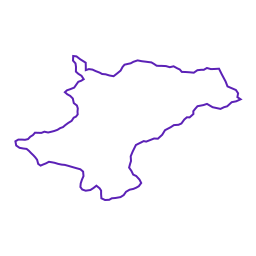 the district of Gonçalves, Minas Gerais, Brazil
{"feature_id": "56859067B77873269175892", "entity_name": "Gonçalves", "entity_type": "district", "adm_level": 2, "iso_a3": "BRA", "parent_name": "Brazil", "parent_adm1": "Minas Gerais", "projection": "mercator", "projection_center": [-45.837, -22.682], "detail": "fine", "context": "isolated", "style": "outline", "palette": "violet", "viewbox_px": 256, "rotation_deg": 0, "n_neighbors": 0, "source": "geoboundaries", "source_scale": "gbopen_adm2", "svg_char_len": 2162}
<svg xmlns="http://www.w3.org/2000/svg" viewBox="0 0 256 256"><path d="M38.2,163.9L40.6,165.6L43.1,164.5L45.9,163.4L48.9,161.8L52.0,162.3L54.6,162.8L58.2,163.9L61.6,164.6L64.8,164.9L68.5,165.9L71.9,166.9L76.1,168.1L80.4,169.3L83.1,171.6L83.5,176.1L81.9,179.8L80.7,183.5L80.4,187.0L82.2,189.5L85.7,190.7L90.4,190.0L93.5,188.0L96.4,185.7L99.6,188.3L101.1,190.6L101.1,194.2L101.4,198.3L105.0,200.0L109.2,199.8L111.8,198.3L115.4,198.0L120.5,197.1L123.7,195.1L126.0,191.8L129.6,189.7L133.4,188.9L136.2,187.7L138.8,186.2L141.2,183.0L139.5,179.6L136.2,176.0L133.2,174.6L131.4,170.9L129.1,167.6L130.0,164.2L131.0,161.0L130.7,156.3L132.7,151.5L135.9,145.0L143.7,141.1L146.2,141.6L154.1,138.5L157.9,138.7L162.2,134.8L165.0,130.2L170.7,127.2L173.9,125.1L178.5,124.8L181.4,123.5L184.3,119.5L186.9,117.3L189.6,117.4L193.4,114.0L193.3,111.2L195.3,108.7L197.5,106.2L203.3,105.1L207.0,103.9L212.6,107.2L220.5,108.9L224.0,107.2L227.2,106.3L231.7,102.2L236.2,101.3L240.6,99.3L237.4,97.1L238.1,93.3L235.9,90.0L227.5,86.4L225.6,81.5L221.6,74.0L219.0,68.7L214.0,69.0L210.9,69.1L206.9,68.0L203.8,69.8L201.2,69.8L197.4,70.2L193.8,72.7L189.7,72.3L185.4,72.0L181.8,71.9L179.8,69.5L177.2,68.3L173.6,66.3L169.8,67.2L166.0,66.1L162.2,65.9L159.3,65.9L156.6,65.7L154.1,64.0L151.4,62.4L148.8,62.1L145.8,61.7L141.7,61.2L137.6,60.4L133.4,61.8L130.7,63.3L127.9,63.9L124.5,64.7L122.6,66.9L120.6,70.6L117.2,73.4L113.6,76.2L109.5,75.5L105.6,74.3L102.1,74.0L99.6,72.6L95.7,71.1L92.5,69.6L88.9,69.1L85.8,70.1L85.8,66.6L85.7,62.7L83.0,61.0L80.1,59.2L76.5,56.4L73.2,56.0L73.0,60.6L75.5,63.4L76.0,66.9L75.9,71.6L78.3,73.8L81.5,75.8L83.7,79.2L81.1,80.8L78.3,81.8L76.5,84.3L74.2,87.6L70.2,89.2L67.0,90.3L64.9,92.2L67.3,94.3L70.2,95.9L72.8,98.5L73.8,103.1L76.9,105.5L77.8,108.4L77.5,111.7L77.7,114.4L76.0,116.6L73.7,117.7L71.6,120.9L68.3,122.9L65.3,125.1L63.0,127.1L60.2,128.1L57.5,129.8L54.2,131.0L51.5,131.7L48.1,132.5L44.4,131.7L41.4,132.9L38.0,132.8L35.0,132.7L32.9,135.1L30.3,136.7L28.0,139.1L25.0,139.8L22.0,139.6L18.3,139.6L15.4,141.3L16.2,145.5L19.5,147.8L23.2,148.5L26.6,148.9L29.0,150.9L31.0,153.0L33.4,155.3L35.3,157.4L37.1,159.8L38.2,163.9Z" fill="none" stroke="#5b21b6" stroke-width="2"/></svg>